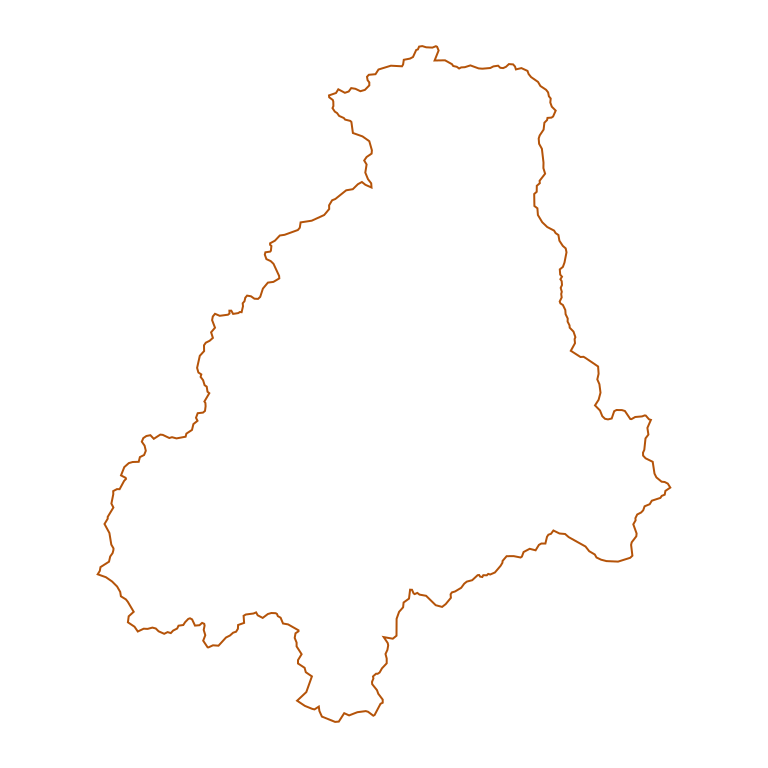 Grau, Apurímac, Peru
{"feature_id": "86281439B32616400473033", "entity_name": "Grau", "entity_type": "district", "adm_level": 2, "iso_a3": "PER", "parent_name": "Peru", "parent_adm1": "Apurímac", "projection": "mercator", "projection_center": [-72.599, -14.046], "detail": "fine", "context": "isolated", "style": "outline", "palette": "amber", "viewbox_px": 768, "rotation_deg": 0, "n_neighbors": 0, "source": "geoboundaries", "source_scale": "gbopen_adm2", "svg_char_len": 6062}
<svg xmlns="http://www.w3.org/2000/svg" viewBox="0 0 768 768"><path d="M107.7,516.9L107.7,518.7L104.5,524.0L109.4,533.0L111.3,544.6L113.5,548.4L113.4,550.1L112.6,553.1L110.2,556.5L109.0,561.7L100.5,567.1L99.8,570.9L97.7,574.3L105.9,577.2L112.1,581.5L117.1,586.5L120.2,591.9L120.9,596.3L125.9,599.4L127.8,601.8L133.7,611.8L128.7,616.3L127.9,622.3L134.5,626.7L137.8,631.5L143.7,628.7L147.6,628.9L152.4,627.6L155.8,628.5L158.6,631.3L164.2,633.8L167.6,632.1L170.8,633.1L173.1,630.6L177.2,628.5L178.5,625.7L183.3,625.0L185.1,622.2L188.3,618.9L190.0,618.3L192.1,619.4L195.0,625.6L199.5,625.2L202.1,622.9L204.2,623.8L204.6,625.6L203.7,629.9L205.3,635.2L203.2,640.7L207.6,647.3L208.4,647.4L213.0,645.3L218.5,645.7L226.0,637.5L230.0,635.5L233.1,632.7L236.1,631.7L237.9,628.8L238.1,625.0L244.1,622.9L243.6,615.8L245.8,614.5L253.5,613.5L256.1,612.4L257.7,615.3L262.7,617.9L267.9,614.0L271.4,613.0L275.7,613.2L277.0,614.0L277.8,616.1L280.6,617.7L283.0,623.5L288.1,624.4L298.5,630.3L298.5,631.3L295.5,633.3L294.7,637.9L296.6,642.6L296.6,646.4L301.6,654.2L298.0,660.1L298.0,663.5L304.6,667.8L305.8,672.2L311.9,676.4L306.3,692.1L297.1,700.7L304.9,705.9L312.3,708.9L314.5,709.4L318.8,706.6L319.4,711.0L321.9,716.6L335.1,721.9L338.8,721.6L344.2,713.2L349.1,715.4L357.4,712.2L365.8,711.1L368.1,711.8L373.3,715.7L374.6,715.0L380.5,703.8L382.7,702.7L382.7,699.6L378.3,693.8L377.0,690.2L372.2,684.2L372.0,681.9L373.4,678.5L373.0,676.4L376.1,673.7L377.6,673.8L379.6,672.5L382.0,668.3L386.7,663.3L386.7,658.5L385.5,654.0L387.4,649.9L388.2,645.3L387.7,643.0L383.7,637.1L392.8,638.7L396.5,635.7L396.6,618.8L399.1,611.8L403.1,607.3L403.6,602.5L409.0,598.6L410.1,589.7L412.0,589.8L413.6,593.4L414.7,594.1L417.3,592.9L419.5,594.6L426.1,595.8L435.7,605.2L442.1,606.9L445.7,604.1L450.9,597.8L450.6,594.3L451.9,592.4L455.0,591.5L461.2,587.8L464.2,583.7L466.8,581.6L472.2,580.2L477.6,575.2L479.1,575.0L480.1,576.6L482.3,577.0L483.3,575.2L486.8,575.3L488.2,573.9L490.2,574.5L494.9,572.5L500.6,565.8L502.4,562.8L502.6,560.9L506.6,556.2L513.6,556.1L520.6,557.5L521.9,556.6L523.6,552.0L529.7,548.8L535.6,550.3L538.9,544.9L541.4,543.5L545.4,543.5L547.0,536.8L548.4,534.7L551.0,533.8L553.4,530.5L559.5,533.5L565.1,534.0L568.8,537.2L585.5,546.5L589.2,551.2L594.8,554.5L596.5,557.5L601.1,559.7L606.5,561.1L618.1,561.6L630.2,557.8L632.4,555.7L631.1,544.9L631.7,542.3L636.3,536.3L636.6,533.5L633.3,524.3L635.6,520.3L635.4,518.2L637.2,514.5L641.1,512.5L643.2,510.3L644.6,506.3L649.7,504.2L651.8,500.7L660.4,497.9L661.7,495.9L664.7,494.7L665.4,490.9L670.3,487.6L667.8,483.6L664.7,482.0L661.6,481.7L656.4,477.4L654.5,473.6L652.7,461.8L645.6,458.3L643.1,455.6L643.0,452.7L644.3,449.8L645.5,438.4L648.4,434.6L647.4,427.9L650.9,419.9L649.0,419.3L645.8,415.6L644.7,415.4L642.1,416.4L635.2,417.0L631.5,419.1L630.3,419.0L624.9,411.0L622.0,410.1L616.5,410.0L614.2,411.2L611.7,418.5L608.0,419.4L605.0,418.8L602.3,416.2L600.0,410.5L595.0,405.4L598.6,399.8L600.5,392.7L599.4,384.2L597.3,379.4L598.6,373.8L598.1,366.5L585.1,357.7L583.5,356.8L580.5,357.0L570.8,350.8L575.0,343.2L574.6,339.1L575.4,337.2L573.5,331.6L569.7,327.7L569.5,325.3L567.6,321.6L567.7,318.5L565.6,314.2L565.3,310.0L562.9,305.0L560.4,303.4L559.7,301.5L561.7,297.4L561.2,294.0L561.8,291.8L560.7,287.9L562.0,285.0L561.7,281.2L560.4,279.2L562.0,276.7L560.2,274.6L559.8,269.4L562.9,266.9L564.5,262.5L566.5,252.3L565.7,248.4L562.8,245.9L559.4,240.7L558.4,235.0L555.6,233.1L554.1,230.6L547.2,227.0L542.2,222.2L537.9,215.0L537.4,208.3L534.4,206.0L534.2,194.0L536.7,191.8L536.8,185.8L539.8,183.2L539.6,180.8L545.1,173.7L543.4,168.1L543.5,162.6L541.9,148.8L539.1,143.8L538.7,138.5L539.7,135.4L543.6,129.6L544.4,122.7L547.1,120.0L547.5,117.9L551.5,117.6L553.1,116.5L555.7,110.6L551.8,106.7L550.3,102.5L550.7,98.5L548.9,96.3L548.1,92.4L546.1,89.8L540.4,86.0L538.0,81.9L531.1,77.1L528.6,74.0L527.5,70.9L521.4,68.1L515.9,69.4L515.0,66.5L513.1,64.4L508.9,64.1L506.0,66.8L503.1,68.1L500.3,67.8L498.1,65.7L493.4,66.4L490.3,68.0L482.4,68.7L478.6,68.4L470.4,65.4L464.8,67.2L461.2,67.4L459.1,68.5L456.8,66.8L453.2,66.0L452.0,64.2L445.0,60.3L434.6,60.5L438.6,50.5L437.1,46.8L435.9,46.2L432.4,47.6L426.2,47.3L422.3,46.1L419.1,46.6L417.9,49.4L416.2,50.0L413.0,57.0L410.0,58.6L403.8,59.8L403.1,64.5L402.0,66.3L390.9,65.7L378.5,69.5L375.5,74.2L368.8,74.8L367.0,76.8L367.6,80.2L369.3,82.4L369.3,85.4L364.9,89.9L360.4,91.2L355.4,88.8L351.2,88.1L348.7,91.5L344.9,92.8L338.3,89.3L336.0,93.0L329.0,95.4L329.2,97.3L332.8,100.0L333.3,101.6L333.4,106.1L332.5,108.1L334.8,111.6L337.1,113.1L339.1,115.9L343.8,118.0L345.1,119.6L350.3,120.9L351.4,122.0L352.9,133.0L362.5,136.4L369.3,141.2L371.9,150.3L371.6,153.6L366.6,157.0L364.2,160.5L366.6,164.5L365.3,172.6L368.0,179.2L371.2,183.3L371.5,187.5L365.4,184.8L361.9,182.0L357.9,184.2L352.8,189.2L346.2,190.3L335.3,199.0L332.1,200.3L329.1,205.3L329.2,209.0L324.2,215.0L311.7,220.7L300.6,222.4L299.8,227.7L297.9,230.0L284.6,234.8L279.8,235.5L274.9,240.7L270.1,243.3L270.1,244.8L271.4,246.0L270.9,250.7L270.2,251.6L265.4,252.3L264.8,254.6L266.4,259.1L270.7,261.1L273.5,263.8L279.1,275.9L279.3,278.4L273.4,281.9L267.9,282.6L262.9,288.6L260.2,296.9L258.0,298.9L254.4,298.7L251.0,296.3L247.1,295.6L245.3,297.7L244.5,301.2L242.7,303.3L243.0,306.2L241.6,312.2L239.9,312.0L238.2,313.1L233.1,313.9L231.3,310.7L229.4,310.7L229.5,313.5L228.0,314.7L219.7,315.8L215.0,313.8L212.8,316.5L212.1,320.1L215.0,327.7L211.1,332.3L212.9,337.9L209.6,340.8L205.8,342.7L204.0,345.3L204.1,351.1L199.8,355.8L197.1,367.9L198.4,372.5L201.3,374.4L200.6,376.9L203.1,380.2L204.6,385.2L206.7,386.6L207.5,391.7L209.3,393.2L204.4,401.5L205.4,403.0L205.6,406.2L205.0,410.9L203.0,412.6L197.7,413.2L196.0,417.8L197.5,420.8L193.4,424.1L192.0,429.9L186.4,433.6L185.6,436.7L176.5,438.4L172.0,437.2L169.3,438.0L162.8,434.9L160.3,434.6L153.8,438.8L150.4,435.2L146.4,436.0L143.3,438.1L141.8,441.7L144.6,445.7L145.8,450.8L144.1,455.0L139.9,457.1L138.7,461.8L132.7,462.0L128.8,463.1L124.3,467.1L121.0,475.4L125.6,477.8L126.0,478.9L124.1,480.9L119.6,489.2L117.0,489.1L113.2,491.1L113.3,494.1L111.4,503.6L113.4,507.5L107.7,516.9Z" fill="none" stroke="#b45309" stroke-width="2"/></svg>